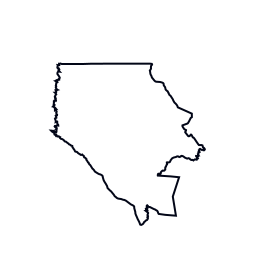 Chepalungu, Rift Valley, Kenya, rotated 132°
{"feature_id": "3690345B98705633113269", "entity_name": "Chepalungu", "entity_type": "district", "adm_level": 2, "iso_a3": "KEN", "parent_name": "Kenya", "parent_adm1": "Rift Valley", "projection": "equal_earth", "projection_center": [35.269, -0.895], "detail": "fine", "context": "isolated", "style": "outline", "palette": "ink", "viewbox_px": 256, "rotation_deg": 132, "n_neighbors": 0, "source": "geoboundaries", "source_scale": "gbopen_adm2", "svg_char_len": 5851}
<svg xmlns="http://www.w3.org/2000/svg" viewBox="0 0 256 256"><g transform="rotate(132 128 128)"><path d="M105.6,55.9L104.9,56.3L104.5,55.8L104.0,55.7L104.0,56.4L103.6,56.7L103.4,57.6L103.5,58.3L103.2,58.6L102.9,58.2L102.8,57.5L102.3,57.0L101.9,57.4L101.3,57.0L101.2,57.9L100.7,58.5L100.3,58.2L99.8,58.6L99.4,59.1L98.9,59.0L98.7,59.6L98.2,59.6L97.8,59.1L97.5,59.8L97.1,60.5L96.4,60.4L95.8,60.7L95.3,60.5L95.1,59.6L95.1,58.8L94.4,58.0L93.9,57.8L94.1,57.1L93.6,56.5L92.6,56.5L92.3,56.8L92.0,57.9L92.1,59.5L91.1,61.0L91.4,61.8L93.2,63.9L93.1,64.8L92.4,67.8L91.6,70.9L91.3,72.3L91.3,72.9L91.6,73.5L91.4,74.2L90.8,75.6L90.6,76.5L90.9,76.9L92.8,76.8L93.6,77.5L93.7,78.1L92.9,82.6L92.5,82.9L91.2,83.1L90.7,83.5L91.2,85.3L91.1,85.9L90.5,88.1L90.3,88.6L90.0,89.0L89.6,89.3L84.9,86.8L84.2,86.7L81.8,87.2L78.7,88.1L77.2,87.8L74.6,90.2L79.3,104.8L78.5,106.3L78.2,107.4L78.0,108.9L78.0,110.6L77.5,111.9L77.4,112.5L77.1,113.1L76.8,113.6L76.6,114.2L75.6,117.9L75.7,119.4L75.4,120.0L75.1,121.0L74.8,121.3L74.7,121.9L74.2,123.0L74.3,123.6L74.3,125.4L74.1,126.0L73.4,126.9L72.8,127.9L72.4,129.9L71.2,131.3L71.1,131.9L71.3,132.8L71.7,133.7L72.3,134.9L74.8,138.1L75.1,139.0L75.1,140.1L74.6,143.2L74.5,144.0L73.7,145.3L73.1,147.0L72.7,147.7L71.4,149.2L70.6,150.3L69.5,150.3L68.4,150.7L67.9,151.3L67.3,151.7L66.9,152.1L66.4,152.4L64.8,152.5L64.4,153.2L65.4,154.6L92.4,184.6L105.2,198.7L110.2,203.9L124.8,220.1L125.1,220.9L125.4,221.5L125.9,221.7L126.3,221.7L126.5,222.2L127.0,221.9L127.4,221.2L127.8,221.5L128.3,222.3L128.5,221.8L129.0,221.8L130.4,220.9L130.6,220.3L130.0,219.6L130.4,218.3L131.6,218.4L131.9,218.0L131.6,217.6L131.8,216.4L132.5,217.5L133.4,217.6L134.3,217.3L135.1,216.6L135.7,213.9L136.0,213.3L136.1,212.6L136.6,212.2L137.0,212.1L137.5,212.2L137.8,211.7L138.1,211.4L138.5,211.6L138.6,212.3L139.5,212.4L139.9,212.9L140.4,213.2L141.1,213.1L141.6,213.4L141.5,212.8L140.9,211.8L141.1,211.1L141.6,211.2L142.0,211.7L143.7,210.7L144.0,210.3L144.7,210.1L144.9,209.5L145.3,209.0L145.8,209.1L146.3,208.7L146.6,208.0L146.7,207.2L147.0,206.6L146.8,205.9L147.3,206.2L147.7,206.8L148.3,207.2L149.1,205.5L149.7,205.2L150.1,205.4L150.6,205.9L150.6,205.2L150.9,204.6L151.0,204.0L151.5,204.1L152.3,203.6L152.7,203.7L153.9,203.0L154.0,202.3L154.4,201.4L154.8,201.3L154.8,201.9L155.2,201.4L155.5,200.1L155.9,199.9L156.0,200.5L156.6,200.7L157.2,200.5L157.3,201.1L157.7,201.1L158.5,200.1L159.1,199.9L159.5,199.5L159.9,198.6L160.0,198.0L160.5,198.0L160.9,198.4L161.2,197.9L161.7,198.1L162.3,198.1L162.0,197.5L162.1,196.3L161.7,195.8L161.9,194.5L162.2,195.0L162.8,195.0L163.9,194.0L163.4,193.7L163.1,193.0L163.7,191.8L164.7,191.6L165.3,190.6L165.8,190.2L165.6,189.6L166.0,189.3L166.6,189.9L167.2,190.0L168.0,188.4L168.4,188.1L168.8,188.4L169.4,188.6L170.0,188.5L170.6,187.2L171.3,186.2L171.9,185.8L171.3,185.6L170.6,184.9L170.9,184.5L171.5,184.2L171.8,183.8L172.1,183.3L172.4,181.9L172.9,181.4L173.2,181.8L173.6,182.5L174.1,182.8L175.0,183.2L175.4,183.7L175.9,183.6L176.1,182.8L176.0,182.3L175.5,181.7L175.7,181.0L176.1,180.5L176.6,180.2L176.8,180.6L177.2,180.6L177.5,180.1L177.8,179.4L178.3,178.9L179.1,178.5L179.3,179.2L179.7,179.5L180.3,179.6L180.3,180.3L179.6,181.2L180.7,181.7L180.7,182.4L181.0,182.9L181.4,183.4L181.5,182.0L181.3,181.0L181.2,180.2L180.9,179.4L181.3,179.0L181.8,178.7L182.0,178.2L181.4,177.9L181.5,177.2L181.9,176.4L181.2,176.3L181.5,175.7L181.6,174.9L181.2,174.7L181.0,174.1L180.5,173.9L180.6,173.3L180.5,172.8L180.2,172.3L180.9,171.9L180.9,170.6L180.2,169.3L180.0,167.5L180.2,166.7L180.3,166.1L179.7,165.0L179.6,163.0L179.4,161.8L179.6,161.0L179.1,159.5L179.2,158.7L178.6,157.4L179.5,156.3L179.7,154.9L180.0,154.3L180.0,153.6L180.8,151.6L180.5,150.8L180.0,150.1L179.9,149.3L180.1,148.7L180.0,148.1L180.0,147.5L179.6,146.2L179.7,145.4L179.4,144.8L179.0,144.5L178.4,144.3L178.5,143.7L178.3,142.2L179.0,141.3L179.1,140.7L178.8,140.1L178.7,139.5L179.0,138.8L178.9,138.1L179.6,137.4L179.8,136.1L180.3,134.8L180.1,134.1L180.4,133.7L180.7,133.2L180.7,132.6L180.9,132.1L180.8,131.5L180.9,130.9L182.0,127.2L181.9,126.5L182.0,125.7L182.1,124.8L182.4,124.0L182.5,123.2L181.9,119.8L181.6,118.6L181.0,117.5L180.6,116.0L180.7,114.7L181.5,113.7L183.0,111.3L183.3,110.6L183.9,108.8L184.3,107.2L184.9,105.5L185.1,104.8L186.3,103.0L186.5,99.5L186.4,98.4L186.5,97.6L187.1,93.8L187.6,92.2L187.4,90.8L187.5,89.8L187.2,88.5L186.8,87.7L185.4,85.6L184.5,83.4L183.9,82.6L183.4,80.9L182.9,75.1L182.7,74.1L182.3,73.0L182.1,71.5L182.3,70.8L183.4,69.7L185.5,66.4L186.5,65.4L187.2,64.2L188.4,61.5L189.1,60.1L190.2,57.1L191.0,55.4L191.4,54.8L191.6,54.1L191.0,53.2L189.4,52.7L188.4,52.7L187.9,52.9L187.2,53.1L186.7,52.9L184.7,52.8L183.5,52.3L182.3,52.5L181.6,52.9L181.6,53.7L181.2,54.0L180.7,53.8L180.1,54.1L179.8,54.7L179.7,55.3L178.5,55.8L178.1,55.9L177.6,56.3L177.6,58.0L177.7,59.4L177.3,59.1L176.8,58.0L176.3,58.2L176.0,59.6L176.5,60.1L176.1,60.7L175.7,60.6L175.7,60.1L175.5,59.5L175.0,59.6L174.5,60.9L174.0,61.2L173.6,61.8L173.1,62.1L172.6,62.0L172.6,61.1L172.9,60.2L172.7,59.5L172.1,58.9L171.0,54.8L170.4,53.2L170.3,52.3L170.0,50.9L170.2,50.1L171.2,48.2L171.3,47.7L167.6,42.2L161.1,33.7L149.0,48.8L130.4,57.1L135.4,63.9L143.4,74.0L143.1,74.4L141.9,74.9L141.3,74.5L140.5,73.4L140.1,73.2L139.6,73.4L139.2,73.8L138.6,74.0L137.7,74.0L136.5,73.8L135.7,72.7L135.1,72.5L134.5,72.6L134.0,72.5L132.5,73.8L132.1,74.0L131.5,73.9L130.1,74.5L129.3,74.7L128.9,74.6L128.5,74.9L128.0,75.8L127.6,76.1L127.2,75.8L126.4,74.8L125.9,74.4L125.4,74.2L125.0,74.2L123.5,74.7L121.2,74.9L120.7,74.8L119.4,74.3L117.5,73.0L116.4,72.6L116.0,72.3L115.6,71.8L115.4,71.1L115.3,70.5L114.9,70.3L114.4,69.9L113.8,69.7L113.3,69.8L112.7,69.4L112.2,68.3L112.0,66.9L112.0,66.0L111.7,65.3L111.4,64.1L111.1,63.5L110.6,63.2L110.1,63.0L109.5,61.8L109.7,61.2L109.5,59.8L109.2,59.3L108.7,59.0L108.3,57.7L107.9,57.8L107.4,57.5L106.8,57.4L106.3,56.8L105.8,56.5L105.6,55.9Z" fill="none" stroke="#020617" stroke-width="2"/></g></svg>